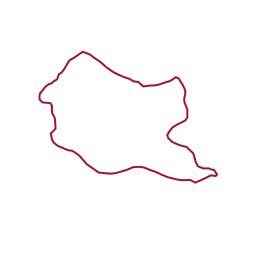 Balakan District, Balakən, Azerbaijan, rotated 56°
{"feature_id": "54616110B63924922129682", "entity_name": "Balakan District", "entity_type": "district", "adm_level": 2, "iso_a3": "AZE", "parent_name": "Azerbaijan", "parent_adm1": "Balakən", "projection": "natural_earth1", "projection_center": [46.439, 41.744], "detail": "fine", "context": "isolated", "style": "outline", "palette": "rose", "viewbox_px": 256, "rotation_deg": 56, "n_neighbors": 0, "source": "geoboundaries", "source_scale": "gbopen_adm2", "svg_char_len": 1556}
<svg xmlns="http://www.w3.org/2000/svg" viewBox="0 0 256 256"><g transform="rotate(56 128 128)"><path d="M216.8,82.2L216.4,80.2L211.0,80.1L208.9,82.1L206.5,83.8L203.5,88.3L198.9,91.4L193.6,90.8L189.0,89.1L185.5,88.1L176.3,90.1L173.5,92.8L170.0,95.6L164.4,99.1L158.8,100.3L155.8,99.4L154.1,96.0L152.4,90.8L152.6,85.7L153.3,80.8L153.8,76.2L152.2,72.6L147.6,69.8L146.5,68.7L142.2,67.6L139.0,67.1L135.4,65.3L133.9,63.8L132.3,62.0L129.8,60.0L126.8,59.1L122.2,58.5L115.2,58.3L112.6,59.9L112.7,62.3L112.6,66.6L111.5,70.4L110.2,74.5L109.7,76.9L107.8,81.8L104.9,86.3L103.9,88.6L102.0,92.1L95.6,93.7L92.2,97.5L88.4,99.1L84.4,102.2L81.1,104.5L76.7,107.1L73.7,108.8L65.5,112.0L63.2,112.6L57.4,114.1L51.1,116.7L45.7,118.5L39.5,122.9L39.5,127.3L39.6,133.0L39.2,139.0L41.4,143.5L43.8,148.6L44.9,152.1L44.7,155.1L46.4,157.4L47.8,159.2L48.0,161.6L47.7,163.2L48.2,166.1L47.4,169.1L47.6,173.5L48.9,177.5L50.2,181.7L52.1,183.6L54.8,185.3L58.7,184.7L60.7,182.6L62.3,180.4L64.2,178.4L67.1,178.6L70.5,181.1L73.3,182.5L77.4,182.9L79.4,183.4L82.3,185.0L84.9,186.6L87.9,188.3L88.9,192.0L89.3,195.1L91.0,195.6L95.0,197.5L98.9,197.7L103.8,196.1L107.1,193.8L110.6,191.7L114.3,188.8L115.3,187.2L118.7,185.6L123.8,183.8L135.0,182.4L140.2,180.4L141.6,179.8L148.6,177.2L151.1,174.1L153.0,171.9L156.2,167.8L158.4,163.8L160.3,158.0L162.1,152.1L163.3,145.8L166.7,140.0L170.0,136.6L176.0,132.6L179.6,129.7L185.3,126.4L191.5,122.2L196.5,117.6L200.0,114.2L203.2,109.9L205.8,105.5L210.9,102.8L211.9,97.5L213.0,90.5L213.6,85.7L216.8,82.2Z" fill="none" stroke="#9f1239" stroke-width="2"/></g></svg>